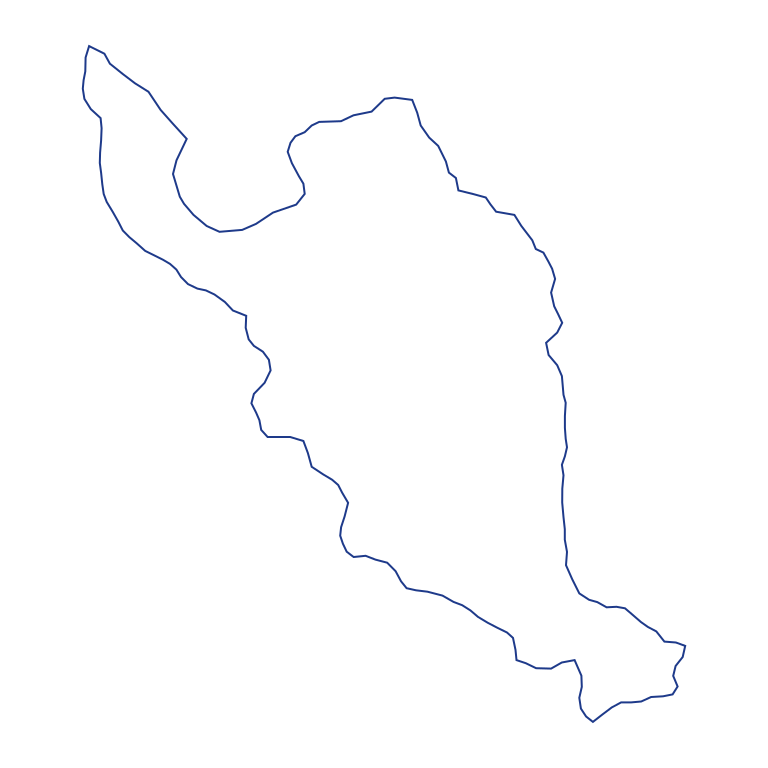 Mata Verde, Minas Gerais, Brazil
{"feature_id": "56859067B41981550875410", "entity_name": "Mata Verde", "entity_type": "district", "adm_level": 2, "iso_a3": "BRA", "parent_name": "Brazil", "parent_adm1": "Minas Gerais", "projection": "albers", "projection_center": [-40.707, -15.767], "detail": "fine", "context": "isolated", "style": "outline", "palette": "blue", "viewbox_px": 768, "rotation_deg": 0, "n_neighbors": 0, "source": "geoboundaries", "source_scale": "gbopen_adm2", "svg_char_len": 2515}
<svg xmlns="http://www.w3.org/2000/svg" viewBox="0 0 768 768"><path d="M89.1,46.1L85.6,57.5L85.3,71.4L83.6,80.2L82.8,88.7L84.4,98.9L90.8,109.1L100.6,118.1L101.6,128.2L101.1,140.6L100.1,152.6L99.8,163.0L101.1,172.7L102.3,184.3L103.7,194.0L106.7,201.9L112.7,211.8L118.3,221.7L122.8,230.5L129.4,237.2L136.7,243.3L145.2,250.9L153.9,255.2L162.9,259.7L170.0,263.9L176.4,269.6L181.0,277.0L188.0,284.1L197.4,288.6L205.9,290.4L214.5,294.5L224.9,302.0L232.9,310.5L246.2,315.8L245.7,327.8L248.7,339.4L253.9,345.9L262.9,351.7L268.9,359.8L270.6,370.4L264.6,382.8L253.9,393.9L251.4,403.3L256.1,412.6L259.4,420.2L261.2,429.9L267.6,437.0L277.4,437.0L290.2,437.0L303.4,441.0L307.9,453.1L311.7,466.8L323.2,474.4L332.2,479.8L338.2,485.0L342.1,492.6L348.1,502.8L344.6,516.5L341.1,527.2L340.2,535.7L342.9,543.7L346.7,551.7L353.6,557.0L365.6,555.8L375.4,559.6L387.2,562.7L395.6,571.2L401.1,581.4L406.6,588.2L416.0,590.3L427.5,591.7L442.5,595.6L453.5,601.9L462.2,605.2L470.4,610.4L478.0,616.9L487.8,622.8L497.2,627.7L507.0,632.5L513.0,637.9L515.5,649.9L516.5,660.1L525.8,663.2L536.1,668.2L551.1,668.6L561.8,662.5L574.6,660.1L581.4,675.7L581.8,686.9L579.3,697.8L580.9,708.6L586.1,716.5L592.9,721.9L602.4,714.5L611.8,707.4L621.1,702.4L631.1,702.4L641.2,701.5L651.1,697.0L663.1,696.3L672.6,694.4L677.6,686.5L673.2,675.9L675.6,666.0L682.7,657.0L685.2,645.9L675.9,642.5L664.4,641.6L656.3,631.4L647.8,626.9L640.9,622.0L634.1,616.1L625.0,608.3L616.5,606.8L606.6,607.3L597.3,602.1L589.1,599.8L579.3,593.4L572.2,579.2L566.0,565.2L567.0,551.9L564.8,539.7L564.8,529.2L563.5,517.1L562.2,502.5L562.3,488.7L563.5,475.3L561.9,464.8L564.9,456.3L567.0,447.3L565.7,438.8L564.9,427.9L564.9,416.1L565.7,402.8L563.5,394.8L562.7,385.4L561.9,376.1L557.2,365.2L548.6,355.0L546.1,342.8L557.2,332.6L562.2,322.8L558.1,314.1L554.2,306.3L551.1,292.6L555.1,278.9L552.1,268.7L548.3,261.4L543.4,252.6L535.8,249.0L532.3,240.3L521.3,225.9L514.4,214.9L496.1,211.7L490.4,204.3L485.8,197.5L473.4,194.1L458.4,190.4L455.9,178.0L448.9,172.6L445.9,161.5L438.2,145.9L429.2,137.6L420.7,125.5L417.2,112.7L412.2,99.9L394.6,97.6L384.7,98.8L371.6,111.6L353.5,115.3L341.0,121.2L319.2,121.9L311.7,125.5L304.7,132.2L295.4,136.2L290.5,142.8L287.7,151.8L291.9,163.2L298.9,176.2L303.4,183.7L304.7,193.9L296.2,204.6L273.0,212.6L256.0,223.9L242.2,229.9L219.5,231.8L206.7,226.0L193.5,214.9L184.0,203.8L179.8,196.7L173.0,174.0L176.5,160.3L186.7,138.9L172.5,123.3L160.6,109.9L148.5,91.8L135.0,83.3L122.9,74.1L109.9,63.7L104.4,53.7L89.1,46.1Z" fill="none" stroke="#1e3a8a" stroke-width="2"/></svg>